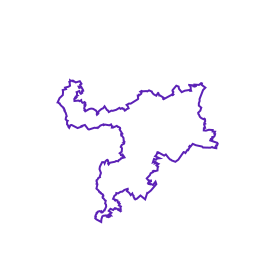 the district of Ashbourne Lea-6, Meath, Ireland, rotated 138°
{"feature_id": "5873133B77849268115801", "entity_name": "Ashbourne Lea-6", "entity_type": "district", "adm_level": 2, "iso_a3": "IRL", "parent_name": "Ireland", "parent_adm1": "Meath", "projection": "albers", "projection_center": [-6.417, 53.558], "detail": "fine", "context": "isolated", "style": "outline", "palette": "violet", "viewbox_px": 256, "rotation_deg": 138, "n_neighbors": 0, "source": "geoboundaries", "source_scale": "gbopen_adm2", "svg_char_len": 5814}
<svg xmlns="http://www.w3.org/2000/svg" viewBox="0 0 256 256"><g transform="rotate(138 128 128)"><path d="M139.1,202.1L139.8,201.2L140.8,201.5L141.0,200.8L142.8,198.2L144.6,198.5L147.7,200.1L148.1,198.4L151.1,199.9L152.1,198.3L154.4,196.1L158.9,196.0L163.2,194.1L162.6,193.3L162.8,192.7L162.3,191.8L162.7,191.1L162.7,188.6L162.4,187.1L162.8,185.5L162.5,185.4L163.2,183.4L163.7,183.4L164.1,181.1L165.7,177.7L166.7,177.6L168.5,176.2L168.5,174.9L168.0,173.7L169.0,173.5L170.9,171.4L170.8,170.0L171.5,168.9L171.6,167.5L168.9,168.6L167.9,168.0L165.5,161.7L161.2,159.9L160.8,159.9L160.8,160.4L158.0,159.1L158.4,153.8L158.0,153.0L152.7,150.6L151.6,149.3L150.5,148.9L150.4,148.2L146.9,148.3L143.8,147.1L144.1,146.4L142.7,145.8L140.1,142.5L138.2,142.0L138.9,140.1L138.6,139.8L139.7,139.1L139.0,138.4L134.9,137.1L134.8,135.6L134.4,135.4L133.8,133.5L134.2,132.8L135.2,132.5L136.0,128.0L136.4,128.1L136.3,127.5L137.5,127.7L138.1,126.8L137.7,126.1L138.0,123.6L139.6,121.6L139.8,120.4L140.4,120.4L140.2,120.2L140.6,119.5L141.4,119.0L143.9,119.6L145.8,119.0L146.1,118.7L145.8,118.0L146.1,116.9L148.5,114.6L151.0,114.8L150.8,113.7L151.4,112.6L150.7,111.8L150.8,111.3L150.1,111.5L150.3,111.0L149.9,110.8L150.3,108.5L153.5,110.1L154.4,109.8L156.4,110.3L157.5,109.8L158.9,111.4L160.4,111.7L164.7,114.3L166.8,113.9L166.6,114.9L165.6,115.3L165.1,117.0L164.6,117.3L164.6,118.1L164.9,118.3L166.8,118.4L169.0,117.4L168.7,118.1L169.0,119.0L170.1,119.9L174.7,118.1L176.7,116.5L178.2,112.7L181.3,111.0L181.7,110.2L183.7,110.7L185.0,110.1L186.3,110.2L187.0,109.6L187.3,108.5L188.6,107.6L188.3,107.3L188.3,106.7L192.0,104.1L191.7,100.9L192.2,100.0L191.7,99.3L191.6,98.6L191.9,98.2L191.7,97.9L192.0,97.7L191.2,95.8L191.5,95.2L191.3,94.8L191.7,94.0L193.1,93.8L193.6,92.8L193.3,92.1L193.5,89.8L193.2,88.9L195.5,87.2L195.6,85.8L196.8,84.2L200.3,82.6L200.4,82.9L202.7,82.4L203.8,82.6L203.6,83.5L204.1,83.6L203.8,84.2L204.3,84.3L204.7,85.2L206.3,86.0L208.4,85.9L208.6,85.7L208.2,85.4L210.6,84.8L211.0,84.0L211.6,83.9L211.4,83.4L212.8,82.7L212.6,81.1L210.8,76.1L208.8,78.0L206.2,79.5L205.0,79.3L202.3,77.0L202.2,75.9L202.8,75.8L202.1,74.7L201.3,74.5L201.7,76.6L199.2,74.3L199.1,75.9L199.4,76.4L197.1,76.1L197.8,79.3L195.1,79.7L193.9,77.0L191.6,77.2L191.5,76.5L190.9,76.6L190.3,75.5L190.1,73.7L189.3,73.8L189.5,72.2L189.3,71.1L188.9,71.1L189.1,72.3L187.8,72.4L186.8,74.0L185.8,74.4L186.6,76.6L184.9,77.2L185.4,78.3L184.4,78.8L185.2,79.8L184.3,81.2L185.2,82.8L185.9,82.5L186.1,82.9L185.5,83.3L186.5,85.3L183.5,86.7L181.4,86.5L180.2,87.5L179.1,86.0L176.3,85.6L174.8,84.5L172.2,84.4L168.9,83.0L169.2,82.5L171.0,81.8L170.5,78.9L170.9,76.3L168.7,76.4L169.1,75.7L169.2,73.8L169.9,73.3L170.1,71.6L170.5,71.3L170.4,70.1L168.7,69.5L163.9,69.5L163.0,63.5L157.1,66.9L156.7,66.4L152.9,66.2L144.5,67.3L143.5,69.7L147.6,69.0L148.5,71.4L149.1,71.2L150.1,72.6L149.8,72.8L150.0,73.6L149.1,73.9L148.7,72.9L147.3,73.7L146.5,73.1L146.1,73.6L147.3,74.4L147.9,76.3L147.8,78.0L143.3,78.3L141.5,79.2L139.1,78.5L138.4,79.3L137.4,78.9L137.2,78.6L137.5,78.3L137.0,77.9L134.5,76.7L132.4,78.8L131.6,79.0L131.9,81.0L129.4,80.9L130.1,82.4L131.3,83.3L130.1,83.4L130.4,84.8L131.5,84.9L131.7,85.5L132.5,85.8L129.4,87.6L128.3,85.7L126.8,85.8L124.8,84.4L126.7,88.8L124.8,89.0L122.3,90.3L122.1,90.0L122.6,89.7L122.3,89.2L121.7,89.4L119.6,83.3L117.6,83.0L117.9,78.5L117.8,76.5L117.3,75.6L117.3,74.8L115.4,71.2L111.8,70.8L102.8,72.9L102.3,72.2L102.1,71.0L98.4,72.0L98.1,71.3L94.6,72.5L94.9,73.2L94.1,73.4L93.8,72.4L90.5,72.9L89.1,69.8L85.4,64.7L85.3,63.3L79.9,58.2L78.2,57.6L78.1,56.9L77.0,55.2L75.9,53.9L75.6,54.2L76.2,55.3L74.1,56.0L73.7,55.4L72.7,55.8L72.2,56.1L72.4,56.3L71.6,57.3L75.2,63.7L73.8,64.4L72.9,63.3L71.8,64.7L71.3,64.1L70.9,64.5L70.2,64.0L68.9,64.2L67.3,65.2L67.7,66.1L65.8,67.0L67.5,68.8L66.4,69.8L69.1,72.6L71.9,73.9L73.3,75.5L71.7,77.1L70.6,76.5L69.0,79.8L67.8,79.5L67.8,80.7L66.1,81.4L64.9,83.0L65.0,83.8L65.9,83.9L66.9,86.2L67.1,88.2L66.3,90.6L66.3,91.4L65.6,92.4L62.7,92.5L60.1,94.0L60.3,94.3L60.0,94.8L60.4,97.2L58.8,99.0L56.7,100.1L55.5,101.6L46.8,106.0L43.5,106.2L44.4,110.8L43.2,111.6L43.6,112.4L46.4,112.5L49.6,115.8L50.1,115.2L48.9,114.3L49.5,113.7L50.7,114.1L51.4,115.1L50.5,115.5L53.7,119.0L53.9,118.7L53.7,117.5L53.8,116.8L55.7,114.5L56.2,113.4L57.1,114.1L56.9,115.1L57.6,115.6L60.8,117.7L64.1,118.7L63.9,123.0L62.7,124.9L63.8,127.1L69.5,126.3L70.1,125.9L70.2,124.4L71.8,123.7L72.1,122.9L71.9,122.5L72.4,122.4L73.0,122.6L73.2,123.4L82.3,125.6L82.4,126.2L81.3,126.7L82.5,131.0L83.0,131.2L82.2,133.4L83.3,133.4L83.2,133.7L85.4,133.1L86.4,136.0L86.3,138.4L85.9,139.1L87.2,141.9L89.2,142.3L89.7,143.2L92.6,145.5L93.1,146.5L94.5,146.7L94.2,145.3L95.3,144.6L96.9,144.7L97.7,145.5L98.5,144.9L99.1,145.5L100.8,143.0L101.3,142.8L109.7,144.3L110.9,145.5L113.6,146.1L113.6,144.3L114.4,142.2L116.7,143.0L117.9,142.8L118.8,143.1L118.3,145.3L119.2,146.0L119.0,146.6L119.4,146.9L120.8,147.3L120.9,148.7L124.6,149.4L127.9,151.0L128.7,152.0L131.6,152.7L131.2,154.6L131.6,155.4L130.9,159.8L133.3,159.3L135.0,159.9L138.5,160.0L139.7,159.7L140.0,158.9L140.4,158.6L142.2,158.6L142.0,159.2L140.9,159.9L140.0,159.1L139.8,159.4L140.6,160.3L140.1,162.3L141.1,165.6L142.3,167.0L144.0,168.0L148.6,169.0L148.5,170.1L147.7,169.8L147.5,171.8L146.3,172.8L145.5,172.9L145.3,173.6L143.7,173.0L144.9,173.7L144.7,174.3L143.8,174.0L143.4,174.7L143.3,175.7L142.9,175.7L143.0,176.4L144.7,176.8L145.0,177.4L144.8,179.2L144.2,180.0L146.1,180.4L146.4,181.5L149.7,183.9L148.5,185.5L147.0,185.2L146.9,185.8L145.7,185.4L145.6,186.3L143.8,185.9L144.0,186.5L142.4,188.2L142.2,189.0L139.5,188.1L140.2,185.7L140.1,184.9L138.5,184.7L137.6,186.2L136.4,185.6L136.1,186.0L135.3,189.5L137.4,190.4L137.0,191.8L136.1,191.1L135.0,191.2L134.6,192.2L133.0,192.0L132.5,195.0L136.4,196.9L136.5,197.7L137.5,199.3L137.0,199.5L137.2,200.1L138.9,201.3L139.1,202.1Z" fill="none" stroke="#5b21b6" stroke-width="2"/></g></svg>